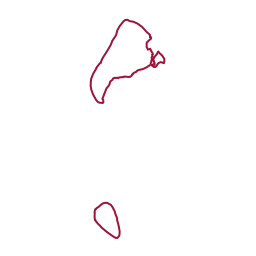 Niuatoputapu, Tonga (Natural Earth projection), rotated 172°
{"feature_id": "48082658B65008751810266", "entity_name": "Niuatoputapu", "entity_type": "district", "adm_level": 2, "iso_a3": "TON", "parent_name": "Tonga", "parent_adm1": "", "projection": "natural_earth1", "projection_center": [-173.776, -15.91], "detail": "fine", "context": "isolated", "style": "outline", "palette": "rose", "viewbox_px": 256, "rotation_deg": 172, "n_neighbors": 0, "source": "geoboundaries", "source_scale": "gbopen_adm2", "svg_char_len": 2412}
<svg xmlns="http://www.w3.org/2000/svg" viewBox="0 0 256 256"><g transform="rotate(172 128 128)"><path d="M131.5,216.4L132.6,214.3L133.7,212.5L137.9,207.1L142.3,202.1L144.2,199.6L145.6,197.2L145.7,196.5L145.8,196.5L147.0,195.9L150.5,192.5L151.8,190.5L155.0,186.5L157.6,181.9L158.4,179.0L159.1,175.1L159.0,171.1L158.0,166.3L155.8,160.5L154.4,158.2L152.9,157.1L149.6,156.3L148.9,156.8L148.6,159.2L149.3,160.4L143.9,170.1L140.8,173.0L140.4,173.6L139.9,174.6L139.7,175.4L138.8,176.7L136.5,178.0L136.2,178.7L135.6,179.3L134.7,179.4L134.2,179.6L132.7,179.1L132.0,179.3L131.0,179.1L130.7,178.7L129.8,179.3L127.2,179.2L125.3,179.0L124.7,179.5L122.5,179.0L121.7,178.8L120.2,178.4L118.9,178.4L117.6,179.0L115.9,180.5L116.1,180.7L115.3,181.3L114.6,181.7L113.0,182.3L112.3,182.4L111.6,182.7L111.4,183.2L110.2,183.7L108.7,184.0L106.8,184.1L105.8,184.2L104.6,184.4L102.3,185.1L101.1,185.5L100.1,186.0L99.3,186.5L97.9,187.0L96.8,187.5L96.3,189.5L95.6,190.3L95.5,191.5L94.7,192.1L94.8,193.3L94.8,194.7L94.4,195.0L93.8,195.3L93.9,197.2L93.1,197.6L93.3,198.8L93.9,199.9L95.0,203.3L97.3,202.9L98.3,205.7L98.0,206.9L97.9,208.8L97.4,210.1L95.4,211.6L92.9,213.2L92.5,214.2L92.9,215.0L93.5,215.0L93.4,217.4L95.8,220.0L100.1,226.3L104.1,230.1L108.1,232.6L111.2,233.5L113.5,235.2L115.6,235.4L117.5,234.4L122.4,229.7L125.0,226.2L126.1,223.4L126.8,221.7L131.5,216.4ZM159.4,24.2L157.8,22.7L156.2,21.4L155.4,20.9L153.9,20.6L152.2,22.0L151.3,23.4L150.7,26.7L150.7,28.7L150.9,32.8L151.6,38.6L151.3,40.0L152.5,44.8L152.7,47.1L154.3,51.7L155.7,54.3L157.6,55.7L158.9,56.7L160.2,57.0L161.6,57.1L162.7,57.0L164.7,56.2L166.6,55.0L168.5,53.7L169.6,53.4L170.9,52.5L171.1,52.1L171.6,52.1L172.2,51.2L172.7,49.7L172.8,48.9L172.7,48.7L173.3,45.7L173.5,43.9L173.5,42.5L173.5,41.9L173.2,41.5L173.4,41.2L173.2,40.8L172.9,40.5L172.8,40.1L172.4,39.8L171.6,38.2L171.2,37.5L169.4,35.3L167.7,32.7L163.2,27.8L159.4,24.2ZM93.2,190.1L92.7,189.2L92.7,188.1L92.7,187.5L93.0,187.1L93.5,187.5L93.9,187.7L95.0,187.1L95.5,186.6L95.0,185.9L94.0,185.0L93.1,184.7L92.4,184.6L91.1,185.6L90.2,186.7L88.9,188.0L86.5,188.7L85.0,188.1L84.6,187.8L84.4,187.6L83.5,187.3L82.8,188.9L82.5,190.4L82.5,191.6L83.0,192.7L83.5,193.6L83.9,194.7L85.0,196.1L85.7,196.9L86.3,197.7L86.8,198.6L87.4,199.4L87.6,199.3L88.5,198.1L89.1,197.2L89.6,196.7L90.2,196.1L91.1,195.4L92.0,194.5L92.5,193.8L93.4,192.4L93.4,191.1L93.0,190.7L93.2,190.1Z" fill="none" stroke="#9f1239" stroke-width="2"/></g></svg>